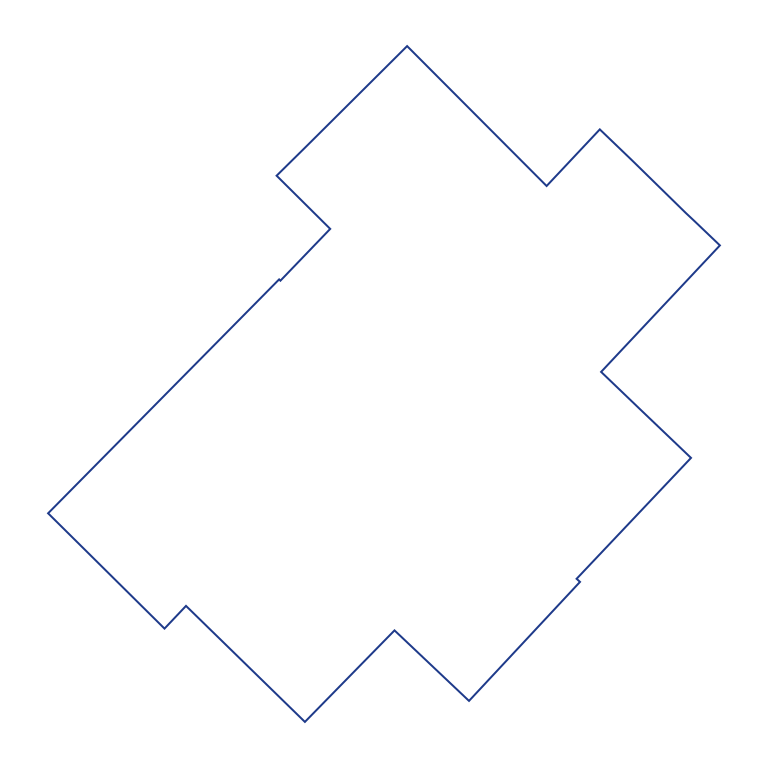 General Viamonte, Buenos Aires, Argentina (Albers equal-area conic projection)
{"feature_id": "61730980B83170090610127", "entity_name": "General Viamonte", "entity_type": "district", "adm_level": 2, "iso_a3": "ARG", "parent_name": "Argentina", "parent_adm1": "Buenos Aires", "projection": "albers", "projection_center": [-60.986, -34.978], "detail": "fine", "context": "isolated", "style": "outline", "palette": "blue", "viewbox_px": 768, "rotation_deg": 0, "n_neighbors": 0, "source": "geoboundaries", "source_scale": "gbopen_adm2", "svg_char_len": 425}
<svg xmlns="http://www.w3.org/2000/svg" viewBox="0 0 768 768"><path d="M580.0,581.9L576.6,578.8L691.0,457.9L639.8,409.0L601.1,371.9L695.3,271.6L719.9,245.4L695.2,221.8L685.5,212.7L632.3,160.6L599.8,129.4L546.6,186.0L407.1,46.1L306.4,146.3L276.6,175.7L330.2,228.9L280.4,280.7L279.1,279.4L48.1,513.3L164.5,628.6L186.0,605.9L304.9,721.9L394.5,630.4L469.0,700.9L580.0,581.9Z" fill="none" stroke="#1e3a8a" stroke-width="2"/></svg>